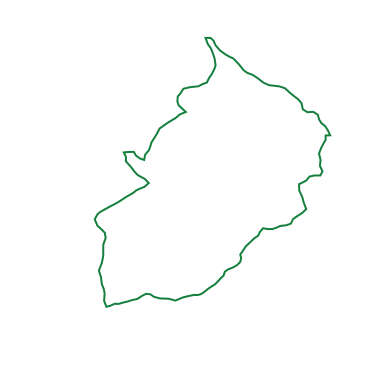 Tupi Paulista, São Paulo, Brazil (Robinson projection), rotated 313°
{"feature_id": "56859067B94686209364934", "entity_name": "Tupi Paulista", "entity_type": "district", "adm_level": 2, "iso_a3": "BRA", "parent_name": "Brazil", "parent_adm1": "São Paulo", "projection": "robinson", "projection_center": [-51.584, -21.384], "detail": "fine", "context": "isolated", "style": "outline", "palette": "green", "viewbox_px": 384, "rotation_deg": 313, "n_neighbors": 0, "source": "geoboundaries", "source_scale": "gbopen_adm2", "svg_char_len": 2121}
<svg xmlns="http://www.w3.org/2000/svg" viewBox="0 0 384 384"><g transform="rotate(313 192 192)"><path d="M327.7,254.4L329.8,249.2L331.0,244.4L330.6,239.7L331.7,235.6L334.3,231.3L333.3,226.0L329.1,222.0L328.0,216.7L331.7,211.4L332.2,206.3L331.7,201.2L331.3,195.0L331.3,189.3L328.9,184.0L325.5,179.3L322.7,175.6L320.7,169.6L320.0,162.2L319.0,156.4L316.8,151.1L316.3,146.5L317.0,141.9L317.5,137.7L317.8,131.0L316.5,127.2L315.5,122.8L314.6,116.3L315.4,109.0L317.3,104.8L317.4,100.6L313.9,96.8L311.0,102.6L310.0,107.6L308.0,112.1L305.1,117.4L300.7,122.9L296.6,124.7L291.5,126.1L287.1,126.7L282.1,128.2L278.3,126.2L273.7,124.6L270.8,122.1L267.1,118.9L261.6,115.3L256.0,116.3L252.2,116.4L248.2,119.6L246.3,123.2L246.3,132.9L240.1,130.1L235.1,129.6L230.3,128.2L224.6,126.7L216.3,125.0L210.5,126.7L200.8,128.5L193.6,131.9L187.4,132.3L182.8,135.1L181.0,131.0L180.4,126.2L181.7,122.1L177.8,118.1L174.4,115.1L172.9,119.4L169.3,122.8L168.7,130.1L167.6,136.5L167.4,141.0L169.4,148.8L169.0,154.3L163.3,153.7L159.3,151.8L155.1,150.1L151.6,149.7L143.1,147.1L137.1,145.7L131.8,144.2L125.5,141.9L114.9,138.5L111.4,138.0L105.7,139.5L102.9,145.8L102.9,152.0L102.7,156.1L99.4,160.3L93.0,163.0L84.8,170.6L78.9,174.3L71.0,177.5L67.7,183.4L63.1,188.9L60.9,193.6L58.3,197.2L52.4,202.0L49.7,207.7L53.6,210.1L57.5,211.6L60.0,214.6L64.6,217.3L68.8,220.1L72.3,222.0L76.5,225.0L82.0,226.3L86.3,227.9L88.8,231.3L89.4,235.6L92.3,241.1L98.0,247.7L101.3,253.9L108.8,257.3L113.8,260.6L118.2,263.8L120.6,266.5L123.7,268.3L127.3,269.1L131.6,269.7L135.8,270.6L140.1,271.8L144.7,271.9L148.7,271.8L152.4,272.1L156.0,270.4L160.2,271.2L164.6,273.4L169.2,274.8L173.6,275.0L176.9,273.3L179.3,269.9L183.7,269.3L189.0,268.4L194.4,268.8L200.4,269.1L205.5,270.2L209.0,268.9L214.0,268.7L216.4,272.5L219.7,276.1L223.9,278.3L227.4,279.7L231.8,283.5L236.4,285.9L240.8,284.4L245.7,285.3L251.7,286.9L257.4,287.2L260.8,280.3L263.4,276.3L266.3,269.3L270.7,265.0L278.0,267.7L283.4,267.4L287.6,270.3L291.6,274.6L296.2,273.3L298.3,267.8L303.1,264.2L306.7,258.7L311.8,256.6L316.2,255.3L321.2,254.2L324.5,251.2L327.7,254.4Z" fill="none" stroke="#15803d" stroke-width="2"/></g></svg>